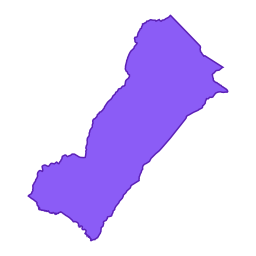 the district of Jorge Basadre, Tacna, Peru
{"feature_id": "86281439B54708928525670", "entity_name": "Jorge Basadre", "entity_type": "district", "adm_level": 2, "iso_a3": "PER", "parent_name": "Peru", "parent_adm1": "Tacna", "projection": "robinson", "projection_center": [-70.838, -17.585], "detail": "fine", "context": "isolated", "style": "filled", "palette": "violet", "viewbox_px": 256, "rotation_deg": 0, "n_neighbors": 0, "source": "geoboundaries", "source_scale": "gbopen_adm2", "svg_char_len": 5705}
<svg xmlns="http://www.w3.org/2000/svg" viewBox="0 0 256 256"><path d="M170.5,15.4L170.2,15.5L169.4,16.6L168.2,17.5L166.9,18.2L165.9,18.6L164.9,19.4L163.8,20.0L162.9,20.0L162.2,20.2L161.6,20.9L161.1,21.2L160.4,20.9L159.5,20.1L159.2,19.6L156.0,21.1L155.7,20.9L155.5,20.4L155.1,20.2L152.8,20.2L150.7,19.7L149.8,20.1L148.1,21.1L146.9,21.1L145.7,22.8L144.8,22.9L143.9,23.7L143.2,23.7L142.5,24.0L142.6,25.0L141.6,27.0L141.4,28.3L140.2,28.9L139.9,29.9L138.2,32.8L137.6,35.0L137.4,36.4L136.6,37.1L135.0,37.3L134.5,38.3L134.6,38.9L134.9,39.8L135.0,41.5L135.2,41.8L135.4,42.2L135.8,42.5L137.0,42.9L137.0,43.3L136.5,44.3L134.4,46.5L133.9,48.3L130.9,51.1L130.0,52.5L128.9,54.7L128.4,56.1L127.7,57.6L127.5,58.8L126.7,60.6L126.6,61.7L125.5,66.1L125.5,67.6L125.3,68.6L125.3,69.0L126.2,71.2L127.3,71.9L127.8,73.6L128.6,74.5L129.4,74.8L129.5,75.0L129.4,75.7L129.5,76.2L129.3,76.6L129.2,77.0L128.7,77.6L128.7,78.0L127.9,78.6L127.6,79.1L126.9,79.4L126.4,79.9L125.6,81.1L125.2,83.6L124.8,85.5L123.8,86.1L123.0,86.1L122.5,86.3L122.0,86.8L120.9,88.4L118.9,88.8L118.4,89.2L117.8,90.6L117.0,91.7L115.9,92.2L115.6,92.7L115.4,93.5L114.9,94.2L112.8,96.1L112.2,97.7L111.2,98.8L110.9,99.4L109.7,100.2L107.6,102.2L104.5,106.9L104.2,108.2L103.4,109.0L102.4,110.5L101.4,111.2L100.9,111.9L100.0,112.0L99.3,112.5L99.1,113.0L99.2,113.4L97.9,114.2L97.3,114.8L97.2,115.9L96.8,116.4L96.6,117.1L96.1,117.3L95.3,118.3L94.1,119.1L93.7,119.1L93.3,119.5L92.7,121.0L93.0,123.1L92.3,124.7L92.3,126.9L92.0,127.5L91.2,128.4L90.6,129.4L90.0,130.2L89.7,132.0L89.2,133.1L89.3,134.5L89.2,135.3L88.8,136.2L87.6,137.8L87.3,138.7L87.1,140.5L87.3,141.8L87.1,144.4L86.4,145.6L85.9,147.7L85.9,148.2L86.4,149.3L86.5,149.7L85.8,151.1L86.0,152.3L85.6,155.5L85.2,157.4L83.9,157.6L80.4,157.4L78.8,156.8L76.8,155.5L76.2,155.2L74.8,154.3L74.2,154.1L72.1,154.1L70.4,155.5L69.3,155.7L68.0,156.4L67.4,156.6L67.0,156.3L65.8,155.1L65.0,155.0L62.4,156.3L62.1,157.2L61.9,158.9L61.2,159.7L60.7,161.0L59.8,161.9L58.9,163.7L58.7,163.7L58.2,163.6L57.1,162.4L56.5,162.1L54.7,163.6L54.3,163.8L51.7,163.3L50.8,163.6L48.7,166.2L48.0,166.4L45.6,165.2L44.8,165.0L43.4,165.4L42.3,166.1L42.1,166.7L42.7,169.5L42.7,170.8L42.4,171.3L42.1,171.4L40.7,170.6L39.6,170.6L38.8,171.2L37.9,172.4L37.4,174.0L37.6,175.8L37.4,176.9L36.6,178.5L35.7,179.8L35.5,180.9L35.2,181.7L34.4,182.4L33.9,183.8L33.2,184.7L32.8,185.7L33.0,188.3L32.7,189.5L32.9,190.2L32.8,190.8L31.8,192.3L31.6,193.5L28.6,195.5L28.3,196.0L30.1,197.3L31.5,198.5L32.8,199.2L36.8,202.3L37.0,202.7L36.8,203.4L37.1,204.0L37.2,205.1L37.8,205.9L38.5,206.2L38.5,206.9L38.6,207.5L39.1,207.6L38.7,208.6L38.9,208.9L38.9,209.3L39.1,209.5L39.6,209.1L39.6,209.4L39.9,209.7L40.3,209.6L41.0,210.0L41.8,210.1L41.9,210.3L42.6,210.2L43.3,210.5L43.9,210.3L44.4,210.7L44.7,210.6L45.0,211.0L45.4,210.7L45.7,210.9L45.8,210.7L46.7,210.8L46.9,211.4L47.8,211.3L48.5,211.0L49.2,212.2L50.1,212.9L51.1,213.1L51.5,212.9L51.8,213.2L52.1,213.3L53.1,212.5L53.8,212.8L54.2,213.3L54.6,213.4L54.8,213.9L55.0,213.9L55.3,213.5L55.8,214.3L56.4,214.1L56.4,213.8L56.9,213.3L57.8,213.5L58.4,213.3L58.7,212.8L59.2,212.5L60.2,212.3L60.5,211.9L61.3,212.1L62.9,213.2L63.2,213.6L63.8,213.9L66.1,215.6L67.3,216.2L69.5,217.7L72.1,220.1L73.3,221.7L74.1,221.8L74.7,221.5L76.4,222.0L77.5,222.6L78.0,223.1L78.6,224.4L78.5,225.9L79.4,226.4L79.5,226.6L79.4,227.0L80.0,227.0L80.1,226.5L80.7,226.0L81.3,226.0L82.0,226.3L82.4,226.9L82.0,228.2L82.1,228.9L82.5,229.5L83.1,229.5L83.7,229.7L84.5,229.3L85.7,230.1L86.0,230.6L86.0,231.5L85.6,232.8L85.0,233.3L85.3,233.8L85.7,233.6L85.8,233.6L86.1,233.8L86.1,234.2L86.6,234.9L86.9,235.0L87.0,235.5L87.2,235.2L87.5,235.5L87.8,235.5L87.9,236.0L88.3,236.2L88.3,236.5L88.5,236.5L88.4,237.0L88.6,237.2L88.8,237.2L88.9,236.9L89.2,237.1L89.5,236.9L89.9,237.7L90.0,238.2L90.8,238.6L90.8,239.4L91.0,239.6L90.7,240.2L90.9,240.6L91.3,240.6L91.8,240.2L92.8,239.9L93.3,239.6L94.9,239.6L95.2,239.0L95.6,238.9L96.7,238.0L97.5,237.8L99.6,234.1L100.1,233.5L100.5,232.5L100.7,231.7L100.9,231.4L101.0,231.0L100.9,230.2L101.1,229.0L101.2,227.7L101.6,227.2L102.3,226.8L103.0,226.1L103.1,225.7L103.6,223.6L103.7,223.2L103.4,222.5L103.5,221.9L104.1,221.3L106.2,220.3L106.5,219.6L107.4,218.3L107.4,217.3L107.6,216.9L110.9,216.2L111.7,215.6L111.9,214.3L112.3,213.9L113.0,212.1L113.1,211.2L113.4,210.6L114.2,210.1L114.7,209.5L114.7,208.5L115.8,206.4L118.8,202.8L119.4,201.3L122.3,198.2L123.1,196.5L123.4,195.1L125.9,192.7L126.9,190.9L130.1,188.1L130.4,187.6L131.1,185.5L139.1,180.5L139.0,179.1L139.2,178.3L139.1,177.4L139.3,176.6L139.6,176.1L140.3,173.9L141.0,172.7L141.4,171.7L141.5,170.6L142.5,169.5L142.7,169.0L142.5,167.9L142.7,166.7L143.2,165.5L144.4,164.3L146.3,163.4L149.1,161.6L149.6,161.1L151.0,158.4L155.7,153.7L159.1,150.9L161.4,148.4L170.4,138.0L184.9,119.7L185.7,118.6L186.2,117.8L186.4,116.5L187.7,115.4L188.8,115.0L193.5,112.3L198.0,110.3L198.9,109.7L199.0,109.4L199.9,109.1L201.9,108.0L202.4,107.6L202.5,107.1L202.6,106.0L202.8,105.7L203.6,105.1L205.1,103.4L205.5,101.1L206.2,99.7L206.4,98.8L206.6,98.6L207.7,98.9L208.4,98.7L209.5,97.4L209.9,97.3L211.9,97.3L212.7,97.0L213.0,96.8L213.5,95.9L215.6,93.2L217.4,92.3L218.6,92.0L220.4,91.8L221.8,92.2L223.5,92.4L225.3,92.1L227.3,92.1L227.7,91.6L227.7,91.1L227.3,90.6L227.1,90.0L226.1,89.0L225.6,88.9L225.0,88.4L224.8,88.1L223.9,87.7L223.1,87.0L222.6,86.9L221.5,86.1L221.2,85.5L219.3,84.7L218.9,84.0L217.9,83.6L216.7,82.5L216.1,82.6L215.4,82.3L214.4,81.2L213.7,80.9L213.3,80.1L213.3,78.6L212.7,77.1L212.6,76.1L212.3,74.6L213.1,73.5L214.5,72.6L215.1,71.6L216.2,70.6L219.2,70.1L222.1,67.7L222.9,67.3L204.9,55.8L204.4,55.8L203.9,56.1L203.6,56.0L203.3,55.3L202.1,53.9L201.4,52.5L200.5,51.7L200.5,50.7L200.2,50.0L200.1,49.2L200.5,47.2L200.1,46.0L170.5,15.4Z" fill="#8b5cf6" stroke="#5b21b6" stroke-width="1.5"/></svg>